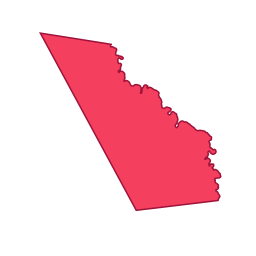 Puerto Alegría, Amazonas, Colombia (orthographic projection), rotated 189°
{"feature_id": "7082276B15256258741932", "entity_name": "Puerto Alegría", "entity_type": "district", "adm_level": 2, "iso_a3": "COL", "parent_name": "Colombia", "parent_adm1": "Amazonas", "projection": "orthographic", "projection_center": [-73.853, -0.95], "detail": "fine", "context": "isolated", "style": "filled", "palette": "rose", "viewbox_px": 256, "rotation_deg": 189, "n_neighbors": 0, "source": "geoboundaries", "source_scale": "gbopen_adm2", "svg_char_len": 5673}
<svg xmlns="http://www.w3.org/2000/svg" viewBox="0 0 256 256"><g transform="rotate(189 128 128)"><path d="M229.4,208.0L107.0,48.0L27.7,70.5L27.7,71.1L27.4,72.5L27.2,73.2L26.9,73.7L26.6,74.4L26.7,75.0L26.8,75.4L27.3,76.1L28.5,77.1L28.7,77.5L29.0,78.2L29.3,78.6L30.0,79.0L31.0,79.3L31.4,80.3L31.4,80.7L31.2,80.8L30.2,81.3L29.9,81.7L29.6,82.2L29.3,82.9L29.3,83.2L29.4,83.5L29.8,83.7L29.9,83.8L29.6,84.8L29.7,85.2L29.9,85.7L30.1,86.1L30.5,86.4L31.0,86.7L32.6,87.5L33.5,88.1L33.6,88.4L33.6,89.9L34.0,90.5L34.5,90.6L34.5,90.8L34.5,91.1L34.3,91.4L33.3,92.3L32.4,92.3L31.4,92.7L30.5,92.8L30.2,92.9L29.7,93.4L29.4,93.6L29.2,93.7L28.9,94.2L28.8,94.7L28.8,94.9L29.2,95.2L29.5,96.5L29.9,97.2L30.6,97.9L31.3,98.1L31.5,98.3L32.3,99.2L32.5,99.6L33.2,100.0L33.7,100.2L34.5,100.6L35.0,100.7L35.5,100.6L36.6,100.0L36.6,100.4L36.8,100.6L37.2,100.7L37.7,101.1L38.1,101.2L38.5,101.6L38.6,101.9L38.6,102.2L37.8,102.8L37.5,103.3L37.5,104.2L37.6,104.9L37.8,105.5L38.0,105.6L38.3,105.7L38.6,105.5L39.0,105.4L39.6,105.6L40.2,105.5L40.5,105.4L40.8,105.2L41.0,104.9L41.4,103.4L41.5,103.3L41.8,103.4L42.0,103.8L42.5,105.2L42.5,105.4L42.4,105.6L42.1,106.1L42.0,106.9L41.5,107.6L41.6,108.9L41.7,109.1L42.0,109.4L42.7,109.9L43.4,110.5L43.8,110.6L44.2,110.6L44.5,110.6L45.4,110.2L46.0,109.8L46.6,109.2L46.9,109.1L47.1,109.1L47.2,109.4L47.1,109.8L46.7,110.9L46.5,111.0L45.9,111.5L45.1,112.0L45.0,112.3L45.0,112.8L44.5,114.0L44.4,114.5L45.0,115.5L45.2,116.5L45.1,117.2L44.7,117.7L44.3,117.8L43.8,117.7L43.6,117.6L43.3,117.0L43.1,116.7L42.4,116.2L41.3,115.6L40.6,115.4L40.2,115.3L39.2,115.6L38.0,116.5L37.8,116.8L37.4,117.7L37.4,118.5L37.9,119.7L38.5,120.2L39.2,120.4L39.9,120.0L40.6,120.0L41.0,120.1L42.1,120.9L42.5,121.2L43.9,121.7L44.0,121.9L44.2,122.4L44.3,122.9L44.4,124.6L44.5,125.1L45.0,125.9L45.8,126.7L45.9,127.2L45.8,127.6L45.5,128.3L45.2,128.6L44.1,129.2L44.0,129.3L43.9,131.3L44.1,131.8L44.3,132.3L44.9,132.5L45.3,132.8L45.8,133.0L46.1,133.2L46.7,133.6L46.7,133.8L47.7,134.5L48.2,135.0L48.4,135.2L49.0,135.7L49.3,135.8L50.2,135.7L51.4,136.6L52.2,136.9L53.9,136.9L54.7,137.0L55.2,137.0L56.9,136.9L57.5,136.7L58.7,136.2L59.4,136.3L60.0,136.6L61.3,137.2L62.8,138.6L64.4,139.4L66.4,140.4L66.9,140.7L67.1,141.0L67.5,141.3L67.7,141.5L69.1,141.8L69.9,142.5L70.9,142.9L71.1,142.9L71.5,143.0L72.3,143.0L72.9,142.8L73.1,142.7L74.2,143.2L75.3,143.4L76.0,143.3L76.3,143.2L77.2,142.5L77.8,141.8L78.0,141.4L78.9,140.3L79.0,139.8L79.0,139.3L78.7,138.6L78.7,138.2L79.1,137.1L79.6,136.3L79.9,136.0L80.2,136.0L80.5,136.1L80.9,136.3L81.2,136.7L81.6,137.5L81.8,137.7L81.8,137.8L81.7,138.4L81.4,138.9L80.6,140.1L80.4,141.0L80.2,142.1L80.3,142.3L80.3,142.7L80.0,143.5L80.0,143.9L80.1,144.5L80.4,145.0L80.9,146.5L81.9,147.8L81.9,148.3L82.1,148.6L82.1,148.9L82.2,149.1L82.3,149.4L82.7,149.6L83.5,149.9L84.9,150.7L86.0,151.1L86.6,151.1L87.1,150.8L87.6,150.3L87.8,149.9L87.9,149.6L87.9,148.6L88.1,148.3L88.4,147.9L88.9,147.6L89.2,147.4L89.5,147.5L90.2,147.8L90.7,148.3L91.0,148.8L90.9,149.2L90.7,149.7L89.7,150.6L88.9,151.5L88.6,152.0L88.4,152.8L88.4,153.4L88.6,153.6L89.3,154.1L90.3,154.4L90.9,154.5L91.5,154.5L92.4,154.7L93.4,154.6L93.7,154.4L94.1,154.2L94.6,153.7L95.0,153.1L95.5,152.9L96.1,153.0L97.6,153.5L97.9,153.9L98.0,154.2L97.9,154.6L98.2,155.7L98.5,156.2L98.7,156.8L98.9,157.2L98.8,157.7L98.6,158.6L98.8,159.1L98.9,159.5L99.4,160.4L100.0,161.6L100.6,162.3L101.9,163.3L102.2,164.0L102.6,164.5L103.0,165.7L103.0,166.1L102.8,166.9L102.9,167.5L103.3,168.1L103.7,168.4L104.8,168.9L105.3,169.2L106.0,169.6L106.6,169.7L107.7,169.7L108.1,169.9L109.3,170.4L109.6,170.6L110.2,170.8L111.0,171.3L111.8,171.4L112.9,171.6L113.3,171.6L113.6,171.5L114.0,171.1L114.4,170.3L114.5,170.2L115.4,170.7L115.6,171.0L115.6,171.5L115.3,171.9L115.2,172.1L115.2,172.6L115.9,172.8L116.6,173.2L117.1,173.3L117.5,173.2L118.5,172.8L118.7,172.5L119.1,171.7L119.2,171.4L119.3,170.6L119.6,170.2L120.1,169.8L120.1,169.6L120.2,168.9L120.0,166.6L120.1,165.1L120.3,164.6L120.7,164.3L121.0,164.3L121.2,164.5L121.0,164.9L120.9,165.6L121.1,167.4L121.1,168.7L121.2,169.4L121.5,169.9L122.2,171.0L122.5,171.4L123.4,171.9L123.8,172.0L124.3,171.9L125.4,172.1L126.4,172.2L126.8,172.1L127.1,172.0L127.9,171.9L128.1,171.7L128.4,171.4L128.7,171.1L129.2,170.5L129.9,170.2L130.2,170.1L130.5,170.2L131.3,170.3L132.1,170.8L132.7,171.5L133.3,172.7L133.7,173.2L134.2,173.6L135.3,174.3L136.5,174.6L137.5,174.6L138.3,174.1L138.9,173.6L139.1,173.5L139.2,173.8L139.2,175.1L139.1,175.5L138.9,176.4L138.9,177.3L139.4,178.6L139.5,179.7L139.7,180.7L140.1,181.5L140.7,182.0L141.4,182.4L141.9,182.8L142.3,183.0L142.8,183.1L144.0,183.0L144.4,182.8L144.7,182.7L145.1,182.3L145.3,181.8L145.7,181.5L146.2,181.7L146.4,182.1L146.4,182.5L146.3,183.3L145.7,183.6L145.4,183.8L145.2,183.8L144.9,183.9L144.6,184.6L144.6,185.6L145.0,186.4L144.9,187.1L144.7,187.3L144.7,187.6L144.4,188.8L144.4,189.1L144.5,189.7L144.9,190.3L145.5,190.6L146.2,190.6L147.1,190.3L147.3,190.3L147.7,190.6L148.0,191.2L148.1,191.6L148.4,192.6L148.9,193.5L148.9,193.8L148.8,194.3L148.4,194.9L148.3,195.0L147.9,195.7L147.1,195.8L146.8,195.6L145.8,194.9L145.1,194.8L144.9,194.9L144.5,195.0L144.2,195.2L143.8,195.5L143.7,196.2L143.8,196.6L144.1,196.9L144.4,197.1L145.5,197.6L145.9,197.7L146.7,197.7L147.8,197.7L148.1,197.7L148.2,197.9L148.4,198.0L149.2,198.2L149.8,198.1L150.3,197.8L150.6,197.8L150.8,197.8L151.1,198.1L151.4,198.4L151.5,198.7L151.6,198.8L151.8,199.5L151.9,200.1L151.9,200.6L151.8,201.7L151.7,202.0L151.4,202.7L151.4,203.1L151.5,203.8L151.7,204.2L152.0,204.5L152.4,204.8L154.3,205.1L154.5,205.3L154.9,205.5L155.6,205.7L156.4,205.8L157.0,205.8L157.4,205.5L157.8,205.5L158.2,206.3L158.2,207.0L158.0,207.5L157.6,207.9L157.6,208.0L229.4,208.0Z" fill="#f43f5e" stroke="#9f1239" stroke-width="1.5"/></g></svg>